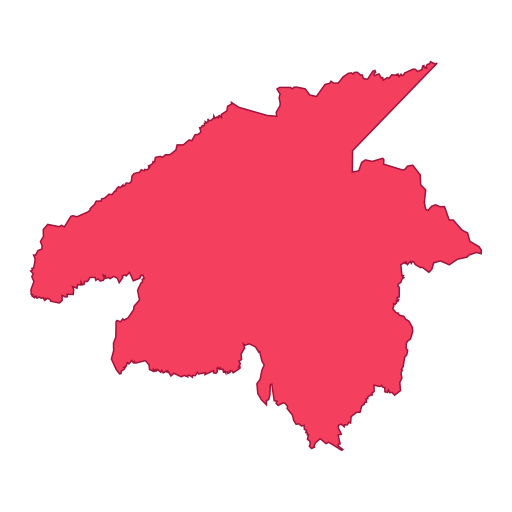 Puerto Colombia, Guainía, Colombia (Natural Earth projection)
{"feature_id": "7082276B8590395772901", "entity_name": "Puerto Colombia", "entity_type": "district", "adm_level": 2, "iso_a3": "COL", "parent_name": "Colombia", "parent_adm1": "Guainía", "projection": "natural_earth1", "projection_center": [-68.335, 2.492], "detail": "fine", "context": "isolated", "style": "filled", "palette": "rose", "viewbox_px": 512, "rotation_deg": 0, "n_neighbors": 0, "source": "geoboundaries", "source_scale": "gbopen_adm2", "svg_char_len": 6003}
<svg xmlns="http://www.w3.org/2000/svg" viewBox="0 0 512 512"><path d="M31.0,289.4L31.2,294.3L32.6,294.8L31.9,295.8L34.2,297.6L34.6,295.7L34.9,297.4L36.4,296.4L37.0,298.2L39.4,297.0L41.4,298.3L43.2,297.5L44.2,299.7L45.1,298.9L45.0,300.1L47.6,298.3L50.1,299.5L50.6,301.2L59.4,303.0L62.1,300.6L62.1,295.3L65.5,297.0L67.4,296.7L67.0,294.3L73.2,294.5L73.7,289.6L72.6,286.6L77.0,288.2L77.7,284.6L80.8,285.0L81.1,282.2L82.3,284.8L84.0,284.4L84.8,281.4L87.5,281.5L90.0,277.4L95.2,277.5L95.8,280.3L98.1,278.9L100.1,281.0L103.2,280.4L104.4,278.5L103.2,275.0L105.3,275.9L105.9,278.2L108.7,277.6L110.1,278.7L113.5,276.4L117.3,278.2L119.2,282.7L122.8,277.5L122.3,276.2L124.5,274.8L126.2,275.9L129.5,272.4L133.3,280.8L139.7,278.3L141.3,275.2L142.9,275.2L144.1,278.7L142.2,279.3L142.6,281.9L141.1,282.8L137.6,290.2L139.5,300.0L134.0,306.3L133.7,309.6L128.1,317.8L124.2,320.1L122.7,318.9L120.6,321.7L116.9,320.5L116.1,321.6L115.8,337.1L113.5,343.2L113.6,350.8L111.4,359.0L116.3,369.7L119.6,373.9L121.0,373.6L121.3,371.0L124.2,369.3L125.2,367.5L124.2,367.3L126.3,366.0L127.3,362.6L128.9,363.9L131.7,360.5L133.3,362.7L134.3,361.8L134.2,362.9L135.8,363.0L145.4,360.6L149.0,364.8L149.5,369.5L153.1,371.2L153.3,369.4L154.6,371.4L155.6,370.8L155.2,369.2L156.6,370.8L157.2,369.3L160.8,372.3L161.7,370.4L163.2,372.9L167.4,370.7L168.1,371.6L167.1,372.0L168.8,372.4L170.9,376.0L173.9,373.3L181.3,376.8L184.1,375.4L187.8,376.9L187.6,375.6L189.2,375.2L192.4,377.2L192.5,375.5L195.3,375.6L197.4,372.2L198.5,374.0L205.3,372.6L205.0,374.6L213.4,370.7L213.6,372.9L216.0,373.2L217.3,371.7L217.0,368.2L217.9,367.5L219.1,369.4L220.1,367.7L221.0,369.3L222.8,369.2L223.7,372.8L224.0,370.8L225.8,373.3L225.8,371.7L227.9,371.9L227.8,373.3L230.0,372.4L230.1,370.7L232.2,371.1L233.2,372.8L240.0,368.2L240.0,366.7L238.7,366.9L240.3,363.6L238.8,361.2L241.6,359.5L241.0,354.3L244.5,348.1L243.6,344.2L244.7,345.3L249.3,343.8L255.5,346.9L258.8,352.3L259.7,351.7L261.9,361.0L264.2,365.0L261.9,370.2L260.1,379.3L256.9,383.8L257.8,393.5L261.3,399.6L266.4,404.8L266.5,400.6L268.7,399.5L269.9,394.9L270.3,384.6L271.8,384.1L274.2,400.8L277.0,401.1L276.1,403.3L278.2,405.4L283.3,402.8L285.1,403.4L287.6,406.5L287.1,408.5L292.5,415.2L293.7,420.4L296.1,424.3L298.7,423.8L301.5,426.0L304.0,425.3L304.4,429.4L306.5,430.3L305.8,432.5L307.1,432.5L307.3,434.9L308.5,434.9L307.4,439.3L309.8,441.1L310.3,443.9L309.3,446.2L311.6,448.5L314.5,447.1L313.9,446.4L315.4,442.9L320.2,438.7L326.0,443.6L328.9,442.3L341.7,450.3L342.8,449.6L338.2,445.9L338.3,444.3L340.1,443.9L338.1,435.1L341.4,434.1L338.5,428.5L338.3,425.4L341.0,424.1L344.2,426.7L344.5,424.8L347.3,424.9L348.7,422.3L350.6,423.1L351.1,416.7L356.5,412.4L360.1,412.2L361.6,406.1L364.2,404.2L364.4,402.5L366.5,402.1L365.9,399.1L367.8,398.6L367.7,397.0L370.8,394.9L372.1,395.1L372.1,392.9L374.1,391.6L374.0,385.2L379.8,386.5L381.8,385.4L382.4,387.0L384.8,387.7L384.9,391.8L387.5,392.5L388.4,390.1L389.7,392.7L392.1,392.4L394.6,395.2L400.5,390.6L399.8,382.4L401.9,378.0L400.9,372.8L402.3,370.2L401.4,369.2L403.2,366.5L404.6,357.4L406.8,354.8L407.7,350.3L406.1,348.4L406.3,343.9L407.3,341.4L410.5,339.0L412.8,331.1L412.2,327.1L408.9,321.1L405.6,319.2L403.8,316.3L399.3,315.2L398.2,313.1L396.1,312.8L392.6,308.5L393.8,306.5L393.6,303.7L395.0,304.4L396.5,302.8L396.3,300.9L397.9,301.4L398.7,299.4L396.9,298.8L397.0,297.5L399.2,297.0L399.3,287.4L397.7,286.1L398.5,283.8L400.8,282.5L402.0,278.9L403.8,277.7L402.5,276.9L403.4,275.6L401.9,275.4L400.8,264.8L405.1,262.1L405.9,262.1L404.9,263.9L406.2,262.8L407.4,264.7L410.3,261.4L411.3,263.4L412.4,261.5L413.7,261.7L415.3,264.6L420.5,267.6L422.2,267.2L428.9,272.3L431.9,269.1L433.7,262.8L440.4,260.9L449.3,264.8L457.5,259.2L467.1,257.1L469.2,254.9L476.3,252.5L481.2,253.7L481.3,250.2L479.2,246.8L469.8,241.3L467.6,233.0L462.1,230.2L453.2,220.0L449.2,220.0L444.5,206.6L439.9,206.7L435.6,204.8L431.7,206.2L428.0,210.4L425.8,209.4L424.3,202.6L425.7,189.9L420.7,184.8L420.2,174.9L412.7,165.2L407.6,166.1L404.7,169.6L402.6,170.0L383.7,164.2L383.8,159.5L382.7,158.3L372.2,161.4L365.3,159.9L361.7,162.4L358.7,170.9L352.3,172.0L352.6,150.6L437.2,63.1L435.2,64.0L430.5,61.7L429.7,63.8L427.3,64.4L426.1,66.5L426.7,68.0L424.3,67.6L423.9,65.5L422.7,66.0L421.9,69.5L417.6,71.5L415.4,69.3L413.1,69.1L404.7,73.0L403.4,75.2L401.8,75.5L401.0,74.2L399.1,76.6L398.2,74.1L396.7,74.5L397.1,75.3L391.7,74.8L389.1,78.1L387.2,77.7L383.2,80.2L382.7,77.6L381.2,77.9L378.9,73.9L374.4,75.6L373.9,73.9L375.7,72.2L374.9,70.4L372.7,71.3L367.5,79.3L363.3,78.5L362.3,75.0L360.7,75.2L357.1,72.2L354.2,72.5L353.1,74.1L351.5,72.9L348.4,73.3L343.1,76.9L338.3,83.0L333.8,83.2L331.0,81.2L329.6,83.4L325.1,84.4L316.4,96.5L309.8,95.0L305.1,88.8L296.7,87.1L294.1,87.2L292.4,88.8L290.3,87.4L279.6,87.4L277.0,89.1L280.1,94.0L279.1,97.8L280.2,102.9L280.0,105.7L276.2,112.3L276.7,116.3L267.3,115.5L238.7,107.3L231.4,102.4L231.6,104.1L227.6,106.2L226.8,110.9L221.4,114.4L221.5,117.2L219.3,115.5L218.0,116.7L219.4,118.0L216.7,117.1L215.2,118.4L213.8,116.0L213.8,117.8L211.1,120.4L208.6,120.4L207.9,118.9L208.0,121.6L206.8,122.6L205.3,121.7L205.6,123.3L204.4,123.4L204.2,125.7L202.3,125.6L201.3,127.5L199.7,127.7L200.9,132.0L198.2,134.4L195.1,134.7L191.8,140.7L189.2,139.9L183.2,144.9L177.1,144.9L175.9,150.0L169.9,154.7L165.3,154.8L162.9,157.2L160.1,156.4L155.4,157.4L154.6,161.9L153.1,161.5L152.6,163.7L149.8,165.4L149.7,166.8L148.6,166.0L148.8,168.3L147.3,169.8L144.7,169.4L144.1,170.8L141.2,169.8L139.6,172.2L133.9,173.6L132.0,176.0L131.3,181.5L129.4,183.4L126.2,183.0L124.6,185.8L122.9,186.1L122.9,185.0L120.3,187.6L118.6,186.7L116.3,189.0L116.1,191.0L114.7,191.1L112.0,194.6L109.0,194.2L104.9,198.0L101.5,199.0L101.2,201.0L96.2,201.1L94.3,204.7L90.1,208.7L90.0,210.3L87.6,212.1L76.8,216.8L72.9,215.7L70.8,216.4L64.4,226.9L61.4,225.3L59.1,226.7L47.7,224.4L43.3,229.5L43.4,236.7L40.4,241.5L42.1,245.8L41.8,249.1L38.0,250.5L35.4,255.3L33.6,255.0L35.1,259.0L34.8,262.3L33.6,267.9L31.9,268.4L32.4,270.2L30.7,271.0L33.3,273.9L31.8,276.6L33.9,281.6L31.0,289.4Z" fill="#f43f5e" stroke="#9f1239" stroke-width="1.5"/></svg>